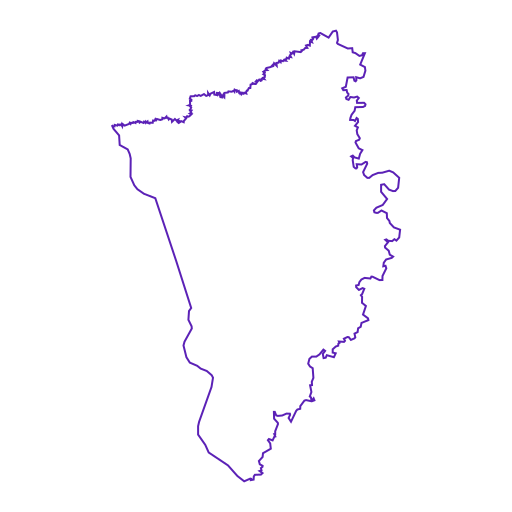 outline of Samrong Thap, Surin, Thailand
{"feature_id": "78962969B97732928781759", "entity_name": "Samrong Thap", "entity_type": "district", "adm_level": 2, "iso_a3": "THA", "parent_name": "Thailand", "parent_adm1": "Surin", "projection": "mercator", "projection_center": [103.962, 15.033], "detail": "fine", "context": "isolated", "style": "outline", "palette": "violet", "viewbox_px": 512, "rotation_deg": 0, "n_neighbors": 0, "source": "geoboundaries", "source_scale": "gbopen_adm2", "svg_char_len": 5952}
<svg xmlns="http://www.w3.org/2000/svg" viewBox="0 0 512 512"><path d="M363.5,76.9L365.4,70.7L364.9,67.1L360.2,64.6L364.9,53.2L363.0,53.2L362.0,55.3L359.4,55.9L355.4,53.1L352.7,52.3L352.2,48.2L347.8,48.5L337.8,43.9L337.0,42.9L337.9,40.0L337.0,32.4L336.0,30.7L332.8,31.5L328.6,37.6L320.3,33.0L318.6,33.5L318.2,34.6L319.0,35.4L317.8,35.9L318.5,36.6L316.8,38.6L316.1,36.7L311.5,37.5L312.8,37.6L313.3,38.7L312.4,39.9L311.1,39.9L312.0,42.2L310.0,41.4L309.8,45.6L307.8,44.9L306.0,45.5L307.3,47.9L305.2,48.0L303.7,49.7L301.4,50.3L301.7,51.2L300.7,52.1L294.6,51.3L294.1,53.9L293.0,52.0L292.0,53.5L290.7,52.9L291.1,54.2L290.0,55.2L291.0,57.1L289.3,56.8L288.9,58.6L286.7,57.7L286.4,59.0L284.8,59.5L285.9,60.7L283.7,60.5L283.0,61.2L281.0,60.5L280.7,62.2L279.2,60.8L278.5,62.7L275.6,63.0L276.5,63.3L276.7,65.8L274.1,63.2L273.3,66.1L272.6,66.3L272.4,65.3L270.8,67.0L266.4,68.0L265.8,68.9L267.1,70.1L265.6,70.2L264.4,70.9L264.7,72.0L263.5,72.0L264.5,73.7L263.5,74.3L265.0,75.3L264.7,77.2L263.2,77.7L264.3,79.1L262.0,78.7L261.3,79.1L261.6,80.4L260.6,80.9L259.2,79.6L258.1,80.9L256.8,80.3L255.8,81.5L257.4,81.7L255.8,84.0L253.8,83.9L252.1,82.5L252.8,83.9L250.6,84.6L250.3,88.0L248.8,88.1L247.5,90.7L246.8,90.6L246.0,92.1L246.3,93.5L244.3,92.7L243.7,93.7L242.8,93.0L241.7,94.1L241.6,93.1L240.4,93.7L240.4,92.5L239.2,92.9L238.8,90.9L237.0,91.7L236.7,89.4L236.3,90.7L234.7,89.7L234.4,91.7L233.6,90.7L231.8,91.7L228.4,91.4L227.9,92.5L224.4,92.9L223.3,94.6L224.4,94.9L224.3,97.2L222.8,95.6L221.7,96.1L222.0,97.4L220.4,97.1L220.0,95.5L221.0,94.8L219.6,92.7L218.5,94.1L218.5,93.0L216.9,92.9L216.7,95.0L214.3,94.6L214.1,92.0L210.5,93.7L209.7,95.4L208.1,93.0L208.2,95.1L206.2,95.9L204.0,94.1L200.7,95.9L198.9,95.0L197.1,96.0L195.2,95.3L194.2,96.2L190.6,96.3L189.8,98.7L191.4,99.7L191.3,100.9L190.0,100.9L190.1,104.8L188.7,105.4L190.8,105.8L190.3,106.6L191.2,107.4L190.2,109.8L189.0,110.1L191.5,110.5L190.6,111.8L191.3,112.8L190.0,113.5L191.6,114.1L189.3,116.3L187.8,116.8L187.1,116.2L186.0,117.5L185.1,117.3L186.1,118.4L183.8,121.0L183.7,122.2L181.4,121.2L178.7,123.0L178.0,122.4L178.8,121.1L177.5,121.2L178.1,119.7L176.4,120.5L174.9,119.0L172.0,121.8L171.7,119.5L169.3,118.5L168.7,119.4L167.7,117.6L166.6,117.8L166.4,116.6L164.6,118.4L162.4,117.8L162.4,119.3L160.3,120.0L156.9,119.0L156.2,120.1L155.4,119.1L154.6,120.8L153.1,120.5L152.7,122.8L150.0,122.6L149.6,123.5L148.0,123.0L147.6,121.4L145.9,122.9L145.5,121.6L144.8,122.4L144.0,121.7L143.4,122.9L140.7,121.8L139.7,122.5L139.5,121.3L137.7,120.9L137.6,121.9L135.7,121.9L135.5,123.0L133.3,122.1L132.9,123.0L131.1,122.8L130.6,123.9L129.7,122.8L129.1,123.9L124.7,125.6L123.0,124.3L122.4,126.2L121.7,124.1L121.1,125.3L120.0,124.5L119.2,125.2L118.0,124.4L117.3,125.6L114.7,124.9L114.5,126.4L113.1,126.4L111.9,125.2L113.5,128.8L119.1,135.4L119.7,145.0L127.7,149.4L129.7,154.0L130.7,158.4L130.5,176.9L134.3,185.3L137.4,189.2L144.0,193.8L155.3,198.2L176.2,261.0L191.2,308.0L189.0,311.0L188.4,319.8L191.6,326.3L191.8,328.5L184.5,341.7L183.5,345.5L186.4,357.2L189.8,362.6L197.2,365.8L200.7,368.6L206.8,371.0L211.7,375.2L213.0,377.7L211.5,387.0L199.1,421.8L198.1,426.2L198.1,434.6L205.3,444.9L208.7,452.5L228.0,465.4L237.4,476.0L244.2,481.3L250.3,478.6L251.1,478.8L250.9,480.1L253.6,479.6L253.8,476.4L254.9,474.8L260.9,474.6L262.5,473.1L259.6,471.0L261.5,470.4L260.9,468.1L262.5,466.8L262.6,465.8L259.8,464.3L258.9,461.0L262.6,457.0L263.0,453.2L270.8,448.7L270.2,443.4L267.9,440.2L268.9,439.0L272.6,440.4L274.3,436.8L275.3,436.5L274.3,434.2L275.2,434.2L275.2,431.2L278.0,424.0L277.8,422.8L274.1,418.7L273.9,411.9L274.8,411.9L276.2,415.4L277.8,415.9L282.2,415.5L286.5,413.6L289.9,413.7L290.1,414.9L288.6,418.0L291.0,421.7L296.2,410.8L297.4,409.5L300.2,408.8L300.3,406.1L304.4,400.6L306.1,400.1L311.7,401.3L314.4,400.3L313.6,398.3L312.6,399.6L311.2,399.1L311.0,397.4L309.8,396.5L311.4,392.0L310.1,385.3L312.0,385.1L311.8,381.7L313.4,377.9L312.7,368.2L310.0,366.5L308.2,363.7L309.4,358.9L311.9,356.6L316.3,356.6L319.5,354.4L323.4,349.6L325.1,350.9L322.8,353.9L323.6,358.1L325.7,357.7L326.8,355.2L333.9,357.2L335.7,353.3L332.7,352.6L332.7,349.3L335.8,346.5L338.2,345.7L338.4,343.6L339.5,342.9L338.9,341.5L344.0,341.9L345.0,340.8L343.9,338.7L347.5,337.0L348.8,337.2L350.9,339.9L354.4,338.4L355.3,337.4L354.5,333.6L357.6,332.1L358.1,328.3L360.7,326.8L361.5,322.9L368.4,320.1L368.0,318.3L363.0,314.6L365.9,306.0L362.0,302.8L362.1,296.8L360.9,295.2L362.1,294.1L364.3,288.8L362.6,288.1L358.9,289.9L356.2,287.2L356.1,285.5L358.6,285.0L359.4,282.1L361.4,279.5L364.6,277.9L370.4,278.5L371.4,276.6L372.5,276.7L379.5,280.1L382.4,280.0L382.5,276.0L386.3,268.3L385.5,265.8L383.3,266.3L383.8,262.7L386.1,259.5L391.7,257.9L393.1,256.6L389.8,254.7L388.7,250.7L385.1,247.6L384.9,246.1L388.0,242.3L385.3,239.8L386.4,239.4L388.2,240.8L392.2,241.1L394.4,239.2L396.4,240.6L399.2,237.5L400.1,229.7L393.9,227.4L389.8,223.0L389.4,221.0L387.0,218.0L386.8,213.2L381.5,210.5L377.8,212.9L376.4,212.9L374.4,212.3L373.9,210.4L376.4,207.7L382.7,205.0L387.1,199.0L381.1,191.8L381.1,184.8L384.2,184.2L389.0,189.6L393.0,191.1L395.3,191.0L398.1,187.8L399.2,177.8L393.2,172.4L389.2,170.7L382.3,172.7L378.2,172.9L372.6,175.1L369.2,177.9L367.4,177.9L364.1,175.0L363.1,172.1L367.2,163.7L366.9,162.2L365.6,161.9L361.5,164.5L356.7,164.2L357.2,167.3L356.5,168.4L355.5,168.4L353.7,166.8L352.7,160.1L353.1,158.0L351.2,156.4L352.8,155.6L354.6,157.4L358.8,158.6L360.1,153.8L362.4,150.1L358.7,148.3L355.5,142.5L355.9,141.1L359.2,139.7L359.8,138.2L357.3,134.1L356.7,130.3L357.9,127.4L355.0,125.8L358.1,122.0L357.8,118.9L356.6,118.0L355.0,121.0L353.6,120.0L350.1,119.9L350.4,118.0L351.6,114.7L354.6,110.8L355.3,107.2L363.0,107.0L365.1,105.9L365.5,104.3L364.1,102.8L357.1,102.9L356.8,100.6L358.8,98.0L357.2,96.6L354.0,97.5L350.4,97.0L348.6,99.8L346.4,99.0L345.9,97.5L348.2,95.6L348.5,94.0L347.2,92.6L346.6,90.0L343.3,90.2L342.2,88.3L345.8,86.8L347.6,77.5L353.5,77.3L354.4,80.7L355.6,81.3L356.4,80.3L356.2,77.2L360.1,78.3L363.5,76.9Z" fill="none" stroke="#5b21b6" stroke-width="2"/></svg>